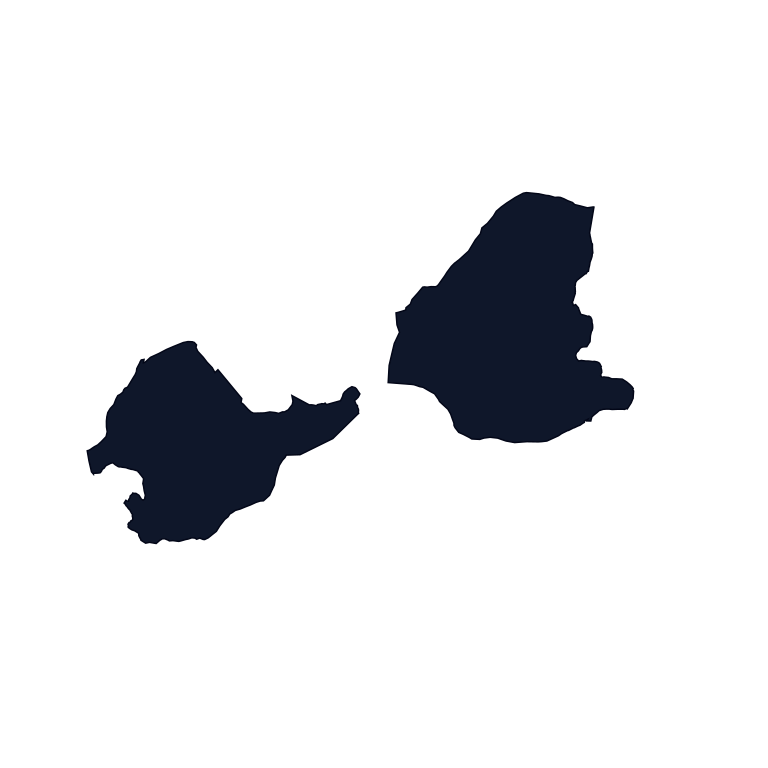 the district of Assuit, Asyut, Egypt, rotated 302°
{"feature_id": "37247803B81923803494172", "entity_name": "Assuit", "entity_type": "district", "adm_level": 2, "iso_a3": "EGY", "parent_name": "Egypt", "parent_adm1": "Asyut", "projection": "robinson", "projection_center": [31.15, 27.164], "detail": "fine", "context": "isolated", "style": "filled", "palette": "ink", "viewbox_px": 768, "rotation_deg": 302, "n_neighbors": 0, "source": "geoboundaries", "source_scale": "gbopen_adm2", "svg_char_len": 6172}
<svg xmlns="http://www.w3.org/2000/svg" viewBox="0 0 768 768"><g transform="rotate(302 384 384)"><path d="M645.3,468.3L645.1,467.7L641.2,463.1L638.9,455.7L637.2,450.7L637.8,447.7L636.8,442.7L636.4,438.4L635.7,434.7L634.7,432.7L632.8,430.0L632.1,427.4L631.1,424.0L629.8,421.4L627.4,414.7L623.8,407.4L621.8,403.4L619.6,401.0L611.8,396.5L606.2,393.9L602.6,392.2L596.2,389.6L590.1,387.7L584.3,387.8L575.0,386.6L568.3,384.3L562.5,386.1L554.8,385.1L541.5,385.3L529.1,381.8L523.8,379.8L519.5,378.8L512.2,378.2L507.8,378.2L503.1,377.9L497.6,377.6L495.5,377.3L493.8,376.2L491.5,372.3L489.0,369.3L487.7,366.7L486.6,365.5L479.2,364.5L470.5,363.0L465.7,364.0L460.4,362.2L458.3,363.2L456.5,361.8L452.1,357.9L450.7,356.5L441.0,363.7L436.8,368.9L436.1,369.8L426.1,371.0L424.1,371.2L423.4,371.4L413.9,374.6L402.5,378.5L393.4,383.5L387.4,386.8L398.2,407.4L399.3,409.8L400.0,412.6L400.6,415.4L401.9,418.9L402.2,427.4L402.5,432.1L401.3,434.9L399.9,438.3L398.6,440.4L397.9,443.9L396.5,451.5L393.9,456.4L390.6,460.5L387.9,464.0L385.9,465.4L384.6,467.5L382.6,473.0L383.3,477.9L383.9,484.8L383.9,487.6L384.7,489.0L387.8,494.6L391.1,497.4L395.1,502.3L398.4,509.2L399.0,512.0L400.3,517.6L403.6,525.9L405.6,528.6L406.2,529.4L410.8,535.7L416.7,545.5L418.7,548.3L422.0,552.4L427.3,555.9L432.6,559.4L435.9,560.8L438.1,562.1L441.8,564.4L442.4,565.1L447.1,567.9L447.7,568.5L451.0,570.6L453.0,572.1L456.3,573.5L457.6,574.2L458.9,573.5L462.2,575.6L460.2,575.6L462.2,579.0L466.2,577.7L468.8,578.4L472.8,579.8L475.4,580.5L478.7,583.3L480.7,586.1L482.0,588.2L483.3,591.0L486.6,595.8L487.9,597.9L489.2,600.0L489.9,601.4L491.8,602.8L491.8,603.5L499.1,603.6L503.0,602.9L503.7,602.9L510.3,599.4L511.0,598.0L512.2,597.8L513.0,596.0L513.7,593.2L514.3,589.0L514.4,583.5L511.7,578.6L509.1,574.4L508.5,570.9L507.1,568.1L506.5,566.7L505.2,565.3L505.8,563.3L506.5,563.3L507.2,562.6L508.5,562.6L509.1,562.6L511.1,561.2L511.8,560.5L513.1,559.1L513.8,559.1L515.1,557.0L515.8,555.7L515.8,553.6L515.1,551.5L514.5,550.1L513.8,549.4L512.5,546.6L511.8,545.2L510.5,543.1L508.9,539.7L508.6,538.9L507.9,538.2L506.6,536.8L507.3,534.8L507.3,534.1L509.2,532.0L509.9,531.3L512.6,530.6L515.2,531.3L517.8,531.3L519.8,532.0L521.1,533.4L523.1,536.2L527.7,536.2L529.0,536.3L530.4,535.6L531.7,534.9L533.0,534.2L534.3,533.5L536.3,532.8L538.3,532.1L539.6,532.1L541.6,531.5L542.9,530.8L544.9,529.4L546.2,528.0L548.2,526.6L548.9,525.9L550.2,523.8L550.2,521.8L549.6,521.8L548.3,516.9L547.6,514.8L547.6,513.4L548.3,512.7L550.9,509.2L551.6,508.6L552.9,504.4L550.9,503.0L552.9,500.9L552.9,500.2L554.9,500.2L556.8,499.6L562.2,498.2L562.9,497.5L563.5,497.5L565.5,496.1L567.5,494.7L568.1,494.0L568.8,494.0L570.1,493.4L571.5,492.7L573.4,492.7L574.1,492.7L576.1,493.4L578.1,494.1L580.0,494.8L582.0,495.5L584.0,496.2L584.6,496.9L587.3,496.9L587.9,497.6L591.3,496.2L593.2,495.6L596.5,494.2L599.9,493.5L602.5,492.8L605.1,491.5L605.7,491.7L607.8,490.1L609.8,488.7L613.1,486.6L613.7,485.2L616.5,482.5L617.2,481.9L618.9,480.2L619.7,479.6L621.0,478.3L645.3,468.3ZM325.4,312.0L321.2,315.9L317.9,317.1L311.4,316.5L307.6,314.4L306.5,312.6L303.3,310.3L302.1,306.8L299.8,302.0L296.0,297.8L293.3,293.7L290.1,288.8L289.8,286.1L290.4,282.3L292.3,275.5L292.5,272.6L296.3,271.1L308.1,235.6L304.1,234.6L304.2,234.4L306.8,229.7L308.7,222.4L310.9,216.5L313.0,208.8L315.4,205.1L317.8,204.3L318.7,201.1L318.2,199.0L316.1,195.3L312.8,191.8L304.4,185.7L298.1,181.3L290.7,177.0L282.8,171.8L277.2,170.3L275.7,169.8L274.5,168.7L277.7,167.5L275.8,165.4L273.8,165.4L272.1,165.7L267.8,166.0L266.0,166.2L263.2,167.5L260.1,168.0L256.3,168.0L250.9,168.1L245.4,168.2L243.1,166.6L241.1,166.4L238.7,166.9L235.5,165.8L233.1,164.4L229.1,164.7L223.4,165.8L218.1,164.8L213.4,164.9L209.4,166.3L205.5,168.2L200.5,171.4L196.8,174.6L192.1,176.2L185.3,174.8L180.6,173.5L177.3,171.6L171.7,169.1L170.1,167.7L162.4,174.6L154.5,182.5L153.6,185.4L154.3,185.0L155.8,187.1L156.7,188.4L157.7,189.7L158.6,190.5L159.2,190.5L159.9,190.5L160.9,190.6L162.1,190.3L164.5,191.3L166.5,191.3L167.6,191.6L171.0,193.7L172.0,194.3L173.5,195.8L173.4,196.8L173.1,198.9L173.1,201.7L173.1,202.4L173.4,203.4L174.0,204.3L174.9,206.5L175.9,208.6L176.4,209.8L176.7,211.4L177.2,213.2L177.7,214.9L178.4,216.3L179.7,221.2L179.0,222.6L179.0,223.3L178.4,224.7L177.7,226.8L176.4,230.2L175.0,230.9L171.7,232.3L170.4,233.7L169.7,234.4L166.4,237.2L163.8,239.9L163.1,240.6L161.1,241.3L159.8,242.0L157.8,241.3L157.8,239.2L159.2,236.4L159.8,235.1L159.8,233.7L159.8,233.0L159.8,231.6L158.5,229.5L158.5,228.8L157.2,228.8L156.0,228.5L154.5,228.1L153.0,228.8L150.6,228.8L149.2,229.5L148.6,228.1L148.6,226.7L146.6,226.7L145.3,226.7L145.3,227.4L144.0,230.1L144.0,230.8L143.3,232.2L142.6,234.3L142.6,235.0L140.6,238.5L140.0,239.9L138.6,240.5L137.3,241.9L136.0,242.6L134.7,242.6L134.0,241.9L132.0,241.9L131.4,241.2L130.0,241.2L129.4,241.2L128.1,242.6L127.4,242.6L126.9,243.1L126.7,245.4L126.7,247.5L127.4,250.2L127.4,251.6L127.4,254.4L127.4,255.1L125.4,256.5L124.1,258.6L123.4,260.0L122.7,260.7L122.7,262.1L122.7,263.4L122.7,266.2L125.4,269.0L126.0,270.4L128.0,275.3L132.6,276.7L135.3,278.1L136.6,280.2L137.2,283.7L137.2,285.1L139.2,287.8L139.9,289.2L140.5,290.6L141.8,293.4L143.2,294.8L147.1,298.3L148.4,299.7L149.1,300.4L151.7,302.5L152.5,304.1L153.1,305.3L153.1,307.4L155.7,309.4L156.3,312.9L157.0,314.3L160.3,316.4L164.3,317.8L170.2,319.9L176.8,319.9L184.8,320.7L188.7,322.1L190.7,322.1L192.0,322.1L194.7,323.5L198.0,324.9L201.9,328.4L203.9,329.8L206.8,331.9L210.5,334.7L215.8,338.2L219.1,341.0L221.1,343.7L229.0,345.9L234.3,345.2L240.2,344.5L243.5,343.1L246.8,341.7L256.8,339.0L259.4,338.3L265.4,338.3L269.3,339.0L271.9,338.8L279.6,350.3L310.6,369.5L344.6,377.7L345.6,378.1L346.3,377.3L348.1,376.4L349.1,375.6L350.2,373.9L351.7,372.8L351.7,371.4L353.2,369.4L354.3,367.8L356.4,368.5L359.1,369.1L360.6,369.0L362.8,368.8L364.1,365.8L365.0,363.8L365.3,363.1L365.6,361.4L365.1,359.6L364.7,358.2L362.3,356.9L361.0,356.2L359.1,355.7L358.4,355.5L356.4,354.8L353.8,354.7L351.8,355.4L349.8,355.7L346.8,356.0L336.1,346.2L336.4,344.9L336.6,344.2L335.3,343.5L334.7,342.4L334.4,341.7L333.7,341.1L332.7,340.0L331.3,338.6L329.7,338.1L329.2,336.6L328.7,335.2L327.9,333.5L326.7,331.7L325.4,312.0Z" fill="#0f172a" stroke="#020617" stroke-width="1.5"/></g></svg>